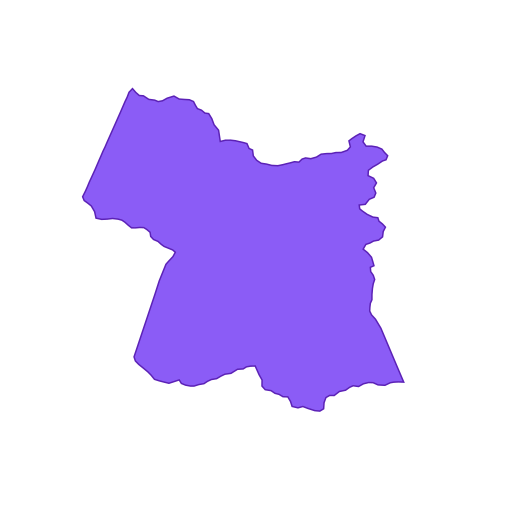 Rio Bonito, Rio de Janeiro, Brazil, rotated 201°
{"feature_id": "56859067B12785647201929", "entity_name": "Rio Bonito", "entity_type": "district", "adm_level": 2, "iso_a3": "BRA", "parent_name": "Brazil", "parent_adm1": "Rio de Janeiro", "projection": "albers", "projection_center": [-42.592, -22.736], "detail": "fine", "context": "isolated", "style": "filled", "palette": "violet", "viewbox_px": 512, "rotation_deg": 201, "n_neighbors": 0, "source": "geoboundaries", "source_scale": "gbopen_adm2", "svg_char_len": 2888}
<svg xmlns="http://www.w3.org/2000/svg" viewBox="0 0 512 512"><g transform="rotate(201 256 256)"><path d="M439.1,249.2L436.3,246.2L432.1,245.1L427.7,243.7L422.6,239.6L418.9,234.0L413.2,234.9L408.0,237.2L403.4,239.6L398.0,241.0L394.1,241.4L390.6,240.6L386.4,239.0L382.3,237.7L378.8,239.0L374.7,241.0L370.9,242.3L367.4,241.6L363.4,240.2L361.3,236.5L357.6,234.7L352.7,234.5L348.6,232.9L345.2,232.0L340.3,231.9L336.0,231.8L332.7,230.6L333.3,225.7L335.7,219.8L337.1,216.0L337.4,198.1L336.6,183.7L333.7,118.1L331.0,114.8L326.7,112.8L321.1,111.0L315.5,109.1L311.3,107.2L306.6,104.5L301.5,104.8L296.3,105.4L291.7,106.0L287.6,109.3L283.3,112.8L280.0,110.3L275.5,110.2L270.6,111.1L267.2,112.4L263.3,115.5L258.8,118.2L256.4,121.6L253.4,124.7L248.8,127.4L245.7,131.3L242.7,134.5L237.3,137.5L232.7,143.6L227.5,146.0L225.2,149.1L221.5,151.3L217.3,153.0L214.0,149.7L210.6,146.3L205.9,142.4L203.8,136.7L199.5,134.5L193.7,135.7L189.1,134.6L184.9,135.1L180.4,134.3L175.8,135.9L171.6,132.5L168.4,128.5L162.4,129.3L158.3,132.3L152.9,132.3L145.7,132.7L140.8,134.1L138.1,137.6L139.9,143.4L140.0,148.9L137.3,152.2L133.0,153.8L129.6,159.4L124.3,162.8L121.6,166.9L118.8,169.7L113.5,170.9L109.9,175.2L105.6,178.2L101.3,179.7L95.9,179.4L89.3,181.5L85.2,185.8L82.2,187.6L77.9,189.5L72.9,191.2L86.0,204.7L113.5,233.3L121.8,239.8L127.0,242.4L130.1,245.3L131.3,248.9L132.3,252.8L132.1,256.7L134.0,261.7L135.7,267.6L136.6,272.1L136.8,276.6L139.6,280.0L143.3,282.5L145.2,286.4L142.4,289.2L145.1,292.8L147.7,296.2L153.1,299.1L158.4,300.8L157.6,306.2L154.3,308.9L151.6,312.1L147.2,314.8L144.7,319.2L146.0,324.4L145.5,329.3L149.4,331.2L153.7,332.6L156.0,335.4L160.8,334.2L167.2,334.7L172.8,336.1L176.1,337.2L177.9,340.6L172.5,343.4L170.6,349.5L166.8,353.2L166.7,357.7L170.6,361.9L169.7,367.4L174.0,370.7L180.2,371.2L181.8,376.3L178.9,380.9L175.3,385.3L171.9,390.1L169.1,392.4L169.0,396.8L173.3,398.8L176.8,400.9L182.0,401.1L187.4,400.0L192.5,398.0L197.0,400.9L197.4,407.5L202.7,407.5L205.7,404.0L208.6,399.9L210.5,396.8L207.0,391.7L208.6,387.4L213.5,383.2L218.5,381.2L222.3,378.7L226.8,376.9L231.7,374.4L235.0,370.0L239.7,366.5L244.9,365.3L247.7,363.0L249.6,359.0L253.9,357.8L257.7,355.0L260.8,352.9L263.9,350.7L268.0,348.1L273.8,346.2L279.0,345.6L284.5,344.4L289.7,345.6L294.4,348.5L297.2,353.7L301.0,353.9L304.7,357.7L308.2,357.4L311.8,356.9L316.6,356.2L321.3,355.0L326.1,353.1L330.4,350.1L336.0,360.0L342.2,363.5L346.5,368.4L351.2,372.0L354.9,371.1L359.2,372.6L363.5,372.6L366.5,374.9L369.7,377.8L374.2,378.0L378.9,376.5L383.9,375.0L389.9,375.9L395.5,371.5L398.9,367.4L402.7,365.1L406.4,365.2L412.2,363.8L418.5,365.2L422.5,364.0L426.8,365.6L431.3,368.0L433.2,363.4L433.2,358.1L433.6,353.4L434.1,341.3L434.7,329.6L435.5,314.4L435.8,308.7L436.0,303.7L436.4,299.0L436.6,293.3L436.8,289.4L437.2,279.0L437.8,269.5L438.1,265.2L438.2,260.5L438.5,255.3L439.1,249.2Z" fill="#8b5cf6" stroke="#5b21b6" stroke-width="1.5"/></g></svg>